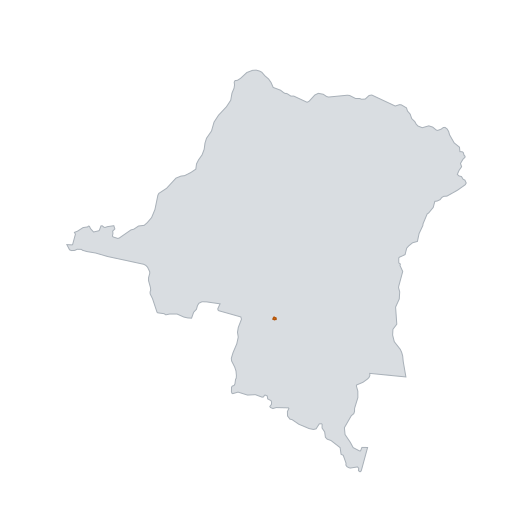 location of Mwene-Ditu, Kasaï-Oriental, Democratic Republic of the Congo, rotated 14°
{"feature_id": "63176286B28359889537852", "entity_name": "Mwene-Ditu", "entity_type": "district", "adm_level": 2, "iso_a3": "COD", "parent_name": "Democratic Republic of the Congo", "parent_adm1": "Kasaï-Oriental", "projection": "orthographic", "projection_center": [23.475, -6.987], "detail": "fine", "context": "in_parent", "style": "filled", "palette": "amber", "viewbox_px": 512, "rotation_deg": 14, "n_neighbors": 0, "source": "geoboundaries", "source_scale": "gbopen_adm2", "svg_char_len": 4001}
<svg xmlns="http://www.w3.org/2000/svg" viewBox="0 0 512 512"><g transform="rotate(14 256 256)"><path d="M430.7,337.1L394.7,342.4L395.4,344.4L395.0,346.6L394.0,348.3L390.3,352.7L384.8,356.8L384.8,357.8L387.5,362.5L389.1,368.8L388.5,379.9L389.2,383.0L389.0,385.3L387.1,387.9L383.3,401.2L385.6,407.7L392.5,413.9L396.6,418.4L403.5,420.1L404.6,419.8L405.1,416.1L410.6,414.8L410.1,438.6L409.7,439.9L408.6,440.2L407.3,439.4L407.0,437.1L405.5,436.1L398.7,439.0L397.0,438.9L395.2,438.4L393.8,437.1L393.5,435.3L388.9,428.3L386.5,427.8L384.0,421.6L373.4,416.9L369.4,416.5L367.2,415.1L365.2,410.1L361.7,406.9L360.9,403.4L360.2,402.9L358.0,403.6L356.1,409.2L353.7,410.4L349.3,410.6L338.3,408.9L330.5,406.0L328.4,406.1L325.3,403.6L324.1,399.3L324.8,396.0L324.2,395.5L312.2,398.2L309.3,399.9L306.6,399.5L305.8,398.6L306.9,396.3L306.4,393.8L305.5,392.7L301.9,391.8L300.8,389.1L298.6,388.7L297.9,389.1L297.4,390.9L296.1,391.5L288.9,390.7L281.4,393.0L271.5,392.4L266.7,395.2L266.0,395.1L265.0,393.7L264.0,389.2L264.5,387.9L266.0,387.0L266.5,385.2L266.0,380.5L266.4,379.4L265.9,376.7L264.4,372.4L262.2,368.9L257.7,363.7L256.8,361.2L257.1,355.3L258.6,345.9L258.4,339.0L256.5,334.5L256.1,329.6L257.2,320.8L256.0,318.8L233.1,318.1L232.1,317.5L231.7,316.3L232.7,311.1L218.8,312.5L214.6,313.5L212.0,315.7L211.2,318.3L211.1,322.1L209.1,325.7L208.5,331.9L204.7,332.6L200.8,332.7L193.4,331.4L186.2,333.2L182.7,334.9L180.8,334.2L174.3,334.9L173.5,334.4L165.9,322.4L162.5,318.4L161.9,316.5L162.1,314.6L161.2,312.1L157.7,305.9L157.0,303.0L157.1,298.5L156.7,297.0L153.5,293.1L151.4,291.8L149.1,291.2L112.0,292.4L99.7,291.9L90.8,292.6L86.2,292.4L85.0,291.8L80.9,292.7L78.8,294.4L75.6,295.4L73.6,295.1L69.7,290.7L74.9,289.7L75.3,289.3L75.5,278.5L74.1,277.0L76.8,275.1L81.3,270.3L85.6,268.5L86.2,267.5L87.2,267.5L88.8,269.5L92.6,272.0L97.3,269.6L97.8,268.9L98.3,264.3L99.5,263.9L101.6,264.9L102.7,264.8L104.7,263.5L110.7,261.0L112.5,263.9L110.9,266.6L111.7,268.5L111.9,271.5L112.9,272.1L117.7,272.4L119.0,271.6L128.4,260.9L130.9,259.6L134.8,255.3L140.1,253.3L142.4,250.0L145.4,244.0L146.7,235.4L146.1,220.7L146.6,218.7L152.9,211.9L159.5,199.8L163.9,196.6L167.3,195.3L172.5,190.8L176.6,186.3L176.0,181.0L177.0,176.6L179.2,171.0L179.9,165.0L179.2,158.8L179.5,153.7L182.6,145.5L182.9,136.2L185.6,128.4L191.2,118.4L193.8,111.0L193.3,103.8L194.1,98.4L193.8,95.3L192.8,92.6L193.3,90.8L195.4,90.1L198.0,87.4L202.7,80.2L207.7,76.7L211.2,75.6L214.8,75.7L217.2,76.3L221.0,79.0L225.4,81.2L228.6,84.0L231.9,88.3L239.7,89.2L243.0,90.7L245.0,91.3L245.8,90.9L247.4,91.1L251.1,92.4L254.0,91.7L268.4,94.5L270.1,93.0L274.1,85.6L277.1,83.1L282.1,82.8L286.0,84.2L288.0,84.2L305.7,77.9L308.0,77.6L314.5,79.1L318.6,78.1L320.4,78.4L324.0,77.3L326.9,72.9L329.4,71.8L354.8,76.8L358.7,74.4L360.5,74.2L366.2,75.9L367.9,78.7L371.3,81.1L373.8,85.0L377.6,87.2L379.5,89.3L381.7,90.7L386.3,91.3L392.2,87.9L396.3,88.2L400.5,90.2L401.9,90.2L405.0,88.1L406.7,86.0L408.3,85.5L410.7,86.5L412.8,88.6L414.5,91.6L420.9,98.3L427.1,101.2L428.6,105.4L430.9,105.0L432.0,105.4L433.6,108.0L434.7,108.6L434.9,109.6L433.4,112.1L432.0,116.7L433.9,119.6L432.3,123.8L431.6,128.1L433.6,129.2L436.1,129.2L438.5,131.5L440.3,131.8L442.3,134.3L441.8,136.2L435.8,143.2L426.8,151.7L423.7,152.7L422.1,154.3L421.0,156.8L418.4,158.9L416.3,159.7L416.2,166.0L413.1,172.5L411.9,173.8L410.3,184.3L410.5,186.2L408.8,194.8L409.1,202.8L404.7,205.3L401.7,209.3L400.3,212.0L400.3,218.6L395.3,222.6L395.0,223.5L396.2,228.1L398.0,228.9L398.0,230.4L402.1,235.5L401.8,250.8L402.0,252.3L404.1,256.0L405.4,263.0L403.8,271.8L409.1,288.1L406.6,294.0L407.7,299.7L410.9,305.7L418.6,311.7L420.6,314.2L422.5,317.5L424.3,322.6L430.7,337.1Z" fill="#d9dde1" stroke="#a8b0b8" stroke-width="1"/><path d="M288.3,311.1L288.1,311.5L287.9,312.1L287.8,312.7L287.8,313.1L288.3,313.1L288.7,313.2L289.1,313.3L289.5,313.3L289.8,313.0L290.3,312.7L290.7,312.6L290.6,312.1L290.5,311.7L290.3,311.5L290.2,311.3L289.8,311.3L289.1,311.3L288.6,311.2L288.4,311.2L288.3,311.1Z" fill="#f59e0b" stroke="#b45309" stroke-width="1.5"/></g></svg>